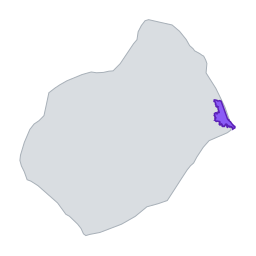 Qibing, Mafeteng, Lesotho (highlighted), rotated 182°
{"feature_id": "5366337B9328437172826", "entity_name": "Qibing", "entity_type": "district", "adm_level": 2, "iso_a3": "LSO", "parent_name": "Lesotho", "parent_adm1": "Mafeteng", "projection": "robinson", "projection_center": [27.156, -29.771], "detail": "fine", "context": "in_parent", "style": "filled", "palette": "violet", "viewbox_px": 256, "rotation_deg": 182, "n_neighbors": 0, "source": "geoboundaries", "source_scale": "gbopen_adm2", "svg_char_len": 4509}
<svg xmlns="http://www.w3.org/2000/svg" viewBox="0 0 256 256"><g transform="rotate(182 128 128)"><path d="M175.8,179.8L167.7,182.4L166.6,182.7L161.4,182.1L154.5,182.7L149.1,184.1L144.9,184.6L138.0,192.1L125.4,212.4L122.1,216.6L121.2,224.6L118.2,230.9L114.7,235.8L111.2,237.0L100.8,235.0L87.5,232.5L79.8,226.4L72.9,218.4L69.3,212.5L65.5,209.3L64.2,207.5L58.8,204.8L56.7,203.4L54.9,202.5L52.7,198.6L51.4,195.2L51.9,185.8L48.1,180.2L41.6,170.7L37.4,162.8L31.8,152.1L28.3,143.0L24.7,133.5L25.2,129.4L28.6,126.7L38.7,121.9L46.5,118.2L52.1,111.4L58.2,101.4L61.2,95.3L64.2,92.5L67.4,88.2L73.1,78.8L79.4,68.2L86.2,56.9L94.7,53.6L106.4,49.9L117.6,40.0L131.0,31.7L152.5,22.6L162.6,20.3L166.4,19.0L168.8,20.7L171.4,25.9L175.0,30.2L183.5,37.8L187.1,39.6L195.8,50.7L205.2,58.4L215.9,67.2L223.2,71.5L227.0,72.8L230.1,80.6L233.2,86.4L234.9,91.8L234.5,97.1L231.1,110.0L226.0,123.2L222.0,128.7L217.2,132.2L212.4,137.4L210.5,148.0L208.3,160.5L202.1,165.6L197.3,169.0L190.6,173.1L175.8,179.8Z" fill="#d9dde1" stroke="#a8b0b8" stroke-width="1"/><path d="M42.7,159.1L42.7,158.5L43.0,158.1L43.0,157.8L43.0,157.6L42.8,157.4L42.5,157.5L42.4,157.5L42.1,157.3L42.0,157.2L41.7,156.7L41.5,156.1L41.5,155.8L41.3,155.6L41.4,155.4L41.4,154.9L41.1,154.9L41.0,154.7L41.1,154.3L41.0,153.9L40.6,152.9L40.7,152.6L40.4,152.5L40.2,152.4L40.0,152.2L39.9,152.3L39.9,152.2L39.5,152.1L39.4,152.1L39.4,152.3L39.2,152.3L39.3,152.2L39.1,152.0L39.1,151.9L38.8,151.8L38.8,151.3L38.7,150.9L38.6,150.3L38.5,150.0L38.5,149.6L38.3,149.1L38.0,148.6L37.9,148.3L38.0,148.1L37.9,148.1L37.8,147.9L37.7,147.7L37.5,147.2L37.4,146.9L37.4,146.7L37.6,146.6L37.8,146.7L38.1,146.6L38.3,146.7L38.5,146.7L38.4,146.5L38.7,146.4L39.0,146.1L39.4,145.8L39.6,145.3L40.0,145.8L40.2,146.2L40.3,146.4L40.6,146.3L40.9,146.3L41.1,146.1L41.4,146.0L41.6,145.9L41.9,145.4L41.8,145.1L42.0,145.0L41.9,144.9L41.8,144.7L41.9,144.4L41.9,143.9L41.9,143.7L41.7,143.3L41.8,143.3L41.7,143.2L41.8,142.8L41.7,142.7L41.4,142.1L41.2,141.9L41.3,141.9L41.3,141.7L41.3,141.4L41.5,141.3L41.4,141.3L41.4,141.2L41.2,140.9L41.3,140.8L41.2,140.7L41.3,140.7L41.2,140.4L41.2,140.2L41.4,140.1L41.4,139.7L41.4,139.3L41.4,139.2L41.2,139.0L41.3,138.9L41.2,138.9L41.0,138.7L40.9,138.6L40.9,138.4L40.7,138.2L40.4,137.9L40.2,137.8L40.2,137.7L39.9,137.6L39.7,137.7L39.6,137.8L39.3,137.9L39.2,138.0L38.9,138.0L38.6,137.9L38.3,137.8L37.9,137.8L37.6,137.7L37.4,137.7L37.2,137.6L37.0,137.4L36.9,137.4L36.8,137.5L36.7,137.6L36.4,137.4L36.4,136.9L36.3,136.7L36.3,136.4L36.5,136.3L36.4,136.2L36.5,136.1L36.8,136.1L36.9,135.8L36.9,135.7L36.8,135.3L36.8,135.1L36.7,134.8L36.8,134.7L36.7,134.6L36.5,134.4L36.4,134.5L36.2,134.4L36.1,134.6L35.9,134.5L35.7,134.6L35.5,134.4L35.4,134.4L35.2,134.5L35.1,134.8L35.1,135.0L35.0,135.3L34.8,135.4L34.7,135.4L34.4,135.2L34.2,134.7L34.0,134.4L33.9,134.2L34.1,134.0L34.1,133.9L34.1,133.7L34.1,133.3L33.8,133.2L33.7,133.0L33.5,132.9L33.4,133.1L33.2,133.1L32.8,133.0L32.6,133.0L32.5,132.9L32.4,132.8L32.2,132.8L32.0,133.0L31.9,133.0L32.0,133.2L32.1,133.3L31.8,133.4L31.7,133.5L31.4,133.7L31.4,133.8L31.2,134.0L31.0,134.3L30.9,134.4L30.9,134.5L30.8,134.8L30.6,134.9L30.6,135.0L30.4,135.0L30.2,135.3L29.9,135.2L29.7,135.1L29.3,135.0L29.3,134.9L29.4,134.5L29.2,134.5L29.2,134.8L28.7,134.4L28.5,134.1L28.7,133.9L28.8,134.0L29.0,134.2L29.2,133.6L29.4,133.4L29.2,133.2L29.0,132.8L29.0,132.4L28.9,132.2L28.7,132.1L28.5,132.4L28.5,132.6L28.3,132.7L28.2,132.6L28.0,132.8L27.9,132.8L27.8,133.0L28.0,133.1L27.8,133.2L27.7,133.3L27.6,133.2L27.4,133.3L27.3,133.1L27.2,133.1L27.2,133.3L27.0,133.2L26.9,133.1L26.7,133.3L26.4,133.3L26.3,133.2L26.5,133.1L26.5,132.9L26.4,132.9L26.3,132.6L26.2,132.6L26.1,132.4L25.8,132.5L25.8,132.8L25.7,132.9L25.4,132.7L25.2,132.7L25.1,132.8L24.9,132.8L24.5,132.9L24.5,132.7L24.5,132.4L24.4,132.1L24.1,132.1L23.9,132.0L23.7,132.0L23.7,131.9L23.5,131.7L23.4,131.7L23.4,131.2L23.4,130.8L23.4,130.7L23.3,130.8L23.2,130.9L22.9,130.7L22.6,130.8L22.5,131.0L22.4,131.2L22.1,131.3L21.7,131.5L21.2,131.8L21.1,132.1L21.3,132.6L21.2,133.1L21.3,133.3L21.6,133.4L21.8,133.5L22.0,133.7L22.3,133.6L22.5,133.9L22.5,134.0L22.8,134.2L22.9,134.3L23.0,134.4L23.0,134.5L23.2,134.8L23.3,134.8L23.7,135.1L25.8,137.7L25.8,137.8L26.7,138.4L27.1,138.8L27.8,139.2L27.9,139.4L27.6,139.7L28.1,140.0L28.3,140.3L28.5,140.4L28.8,140.4L29.8,143.0L33.9,153.3L35.9,158.1L36.5,158.2L36.6,158.3L37.0,158.6L37.4,158.6L37.6,158.5L38.5,158.2L38.8,158.2L39.2,158.2L39.5,158.2L39.9,158.7L40.0,158.7L40.4,158.8L40.8,158.8L41.0,158.9L41.2,159.0L42.7,159.1Z" fill="#8b5cf6" stroke="#5b21b6" stroke-width="1.5"/></g></svg>